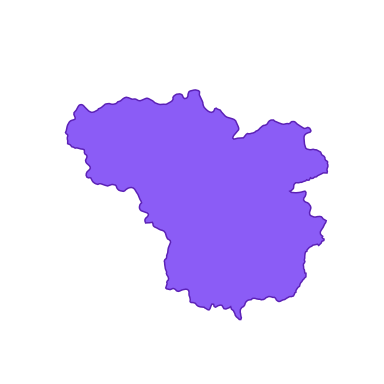 Brasilândia de Minas, Minas Gerais, Brazil, rotated 202°
{"feature_id": "56859067B94455820983640", "entity_name": "Brasilândia de Minas", "entity_type": "district", "adm_level": 2, "iso_a3": "BRA", "parent_name": "Brazil", "parent_adm1": "Minas Gerais", "projection": "albers", "projection_center": [-45.906, -16.944], "detail": "fine", "context": "isolated", "style": "filled", "palette": "violet", "viewbox_px": 384, "rotation_deg": 202, "n_neighbors": 0, "source": "geoboundaries", "source_scale": "gbopen_adm2", "svg_char_len": 5961}
<svg xmlns="http://www.w3.org/2000/svg" viewBox="0 0 384 384"><g transform="rotate(202 192 192)"><path d="M70.4,123.0L69.3,123.7L67.4,125.9L65.7,127.1L64.6,128.8L62.3,131.6L60.7,132.2L59.0,133.6L58.8,135.6L58.9,137.0L58.1,137.9L58.7,139.6L58.4,141.6L58.0,143.2L57.0,144.9L57.3,146.9L57.2,148.6L56.6,150.1L56.4,151.7L55.8,152.9L55.3,154.7L54.6,156.0L55.9,159.4L57.1,159.2L58.7,162.0L59.8,162.8L60.4,164.3L61.3,165.8L61.7,167.2L61.2,168.5L61.3,169.9L62.4,171.0L62.7,172.9L63.4,174.7L64.2,177.6L64.2,179.2L63.3,180.0L63.6,181.5L62.5,184.4L61.6,185.7L60.7,186.5L60.1,187.9L56.1,190.6L54.5,189.9L53.1,193.0L53.1,194.9L51.6,196.4L51.9,197.8L53.1,197.9L54.3,198.5L54.2,199.9L55.7,200.3L57.2,201.2L58.1,203.0L57.9,204.9L57.2,208.4L57.0,212.0L56.6,213.7L56.8,215.7L60.4,216.2L61.6,217.0L62.8,217.5L64.4,217.2L66.6,216.1L68.0,215.1L69.6,214.5L72.6,214.5L73.8,214.8L74.7,215.7L75.4,217.2L75.7,221.2L76.1,222.3L77.0,223.4L79.5,225.0L81.1,225.3L82.8,225.2L84.2,225.5L85.6,226.4L86.0,228.6L85.5,230.1L85.5,232.2L86.2,234.4L87.6,235.1L89.2,234.0L90.7,232.8L92.5,231.7L95.4,230.2L99.8,228.8L101.6,229.4L100.5,230.4L99.3,233.2L99.5,234.4L100.0,235.9L100.2,237.2L99.8,238.4L99.2,239.5L96.6,240.5L95.1,241.6L93.9,242.1L92.7,243.4L90.7,245.0L90.3,246.3L88.9,246.3L87.7,247.2L87.5,249.6L86.1,249.3L84.8,250.2L84.0,251.7L82.2,252.8L81.7,254.1L77.3,259.0L73.9,260.2L74.2,261.8L75.2,263.1L75.5,264.7L75.5,266.4L76.2,268.1L77.2,269.2L77.5,270.7L78.6,271.3L79.8,271.4L81.0,272.3L81.6,273.6L82.8,274.5L85.8,275.2L86.8,276.3L87.8,277.2L92.3,277.7L94.0,277.2L95.7,277.0L97.0,276.1L98.3,275.4L101.3,274.9L103.0,275.3L105.6,278.5L108.4,284.0L108.9,285.8L108.8,287.2L108.0,288.9L106.6,290.4L105.6,291.1L104.8,291.9L104.6,293.2L105.4,294.1L106.8,295.2L108.8,295.3L110.4,293.7L111.9,292.9L116.4,293.7L119.9,294.4L122.3,295.4L123.4,295.6L124.5,295.3L125.9,294.6L126.6,293.5L126.9,292.4L127.9,291.5L129.5,291.1L132.4,289.1L134.3,288.7L135.5,288.7L136.9,288.6L142.1,288.7L143.3,289.3L145.7,288.3L146.9,286.9L147.5,285.2L147.6,283.8L148.1,282.6L149.1,281.4L150.5,280.6L151.3,279.7L152.8,276.8L153.4,275.1L154.2,273.6L155.5,272.4L156.2,270.9L157.5,269.6L158.9,268.7L160.0,267.8L161.3,267.2L162.5,267.0L163.3,265.8L164.6,261.5L169.8,259.0L173.0,256.7L174.5,257.3L174.6,259.1L174.4,260.2L172.1,267.2L172.6,268.7L173.7,270.0L178.3,274.4L180.2,275.0L182.1,275.0L187.0,274.5L188.1,274.5L189.8,274.9L192.9,276.4L194.4,277.1L196.5,278.5L199.6,278.4L201.0,278.8L202.1,277.6L202.0,276.1L202.3,274.5L203.8,273.1L205.6,272.8L207.7,273.1L209.8,273.8L212.4,275.0L213.8,276.3L214.9,277.8L215.5,279.0L216.5,280.1L221.6,284.8L222.5,287.7L223.8,288.4L226.8,288.0L228.3,287.3L231.5,285.0L232.3,284.0L232.4,282.3L232.2,280.8L231.7,279.4L231.8,277.8L232.5,276.7L234.0,275.8L235.5,276.4L237.5,278.3L238.7,278.5L240.1,278.4L242.9,276.9L243.8,275.8L244.8,274.1L245.1,272.6L244.3,270.9L244.6,269.1L245.5,267.6L248.8,263.6L251.3,262.7L254.3,261.2L255.8,260.9L259.7,260.8L262.6,261.8L267.3,262.3L268.9,262.1L269.9,261.4L273.2,258.1L274.4,257.1L276.2,256.7L278.2,257.0L279.7,256.9L282.3,255.6L286.2,255.6L288.5,255.2L289.9,254.0L290.9,252.6L292.4,249.7L293.5,248.7L294.6,247.8L295.0,246.6L295.8,245.3L298.1,243.7L299.8,243.2L301.9,243.0L303.8,242.0L305.3,241.0L307.6,236.6L308.5,235.4L309.9,234.1L310.1,232.8L312.6,229.8L313.8,228.8L315.4,228.1L318.2,228.4L323.1,230.5L324.5,231.2L326.0,231.7L327.3,231.6L328.4,231.0L329.2,230.0L329.6,228.3L330.0,224.5L331.1,221.4L330.5,219.6L328.0,217.0L327.8,215.7L328.7,214.7L330.0,213.7L331.3,212.4L332.0,210.8L332.2,209.1L332.4,207.7L332.3,206.0L331.5,201.5L331.6,199.8L330.4,198.9L328.9,198.6L328.2,197.4L328.0,195.7L327.4,194.3L326.5,193.1L325.4,190.2L322.7,190.2L320.3,188.9L318.8,189.2L316.8,188.9L315.3,189.8L311.0,190.3L309.4,190.8L307.8,190.8L306.9,189.3L306.5,188.1L305.4,187.1L303.6,186.7L302.8,185.8L302.4,184.6L302.6,181.6L301.7,180.1L300.5,179.2L297.0,177.9L295.8,177.0L295.2,176.0L295.4,174.5L296.8,171.5L296.9,169.6L296.4,167.8L295.0,166.4L293.3,166.3L292.2,167.0L291.1,167.1L288.8,165.1L287.4,164.2L285.6,163.7L284.1,163.6L282.1,163.8L281.1,164.9L279.7,165.5L274.9,165.7L272.5,166.0L269.2,168.9L268.2,169.3L265.4,169.7L264.1,168.8L263.4,167.8L262.1,166.9L260.6,166.3L258.9,166.3L255.9,166.9L254.9,167.8L254.1,169.6L252.7,171.6L251.5,172.6L249.9,173.5L247.9,173.7L246.2,173.1L243.0,170.7L241.2,169.5L237.4,165.6L235.9,164.5L234.7,163.1L235.3,161.7L235.5,160.4L235.2,158.6L234.7,157.4L233.5,156.2L232.1,155.6L225.5,155.8L224.1,155.1L223.8,153.7L224.2,152.2L225.1,150.4L225.3,149.0L224.8,147.5L223.4,145.9L221.4,146.9L220.0,147.5L217.4,149.0L216.3,148.0L215.8,146.9L215.0,146.1L213.7,145.6L211.1,145.5L208.1,145.1L206.6,145.1L205.3,145.3L203.3,145.2L201.4,144.1L199.0,141.1L197.1,139.4L195.4,139.2L193.9,138.7L193.0,137.3L193.0,131.5L192.7,129.8L191.8,126.7L191.7,123.6L191.2,122.4L190.9,120.8L191.8,119.2L191.8,117.5L191.0,116.4L190.2,114.7L187.9,110.8L185.5,108.3L185.2,106.8L184.2,105.7L182.7,104.7L181.4,103.2L181.0,101.5L181.6,100.2L181.6,98.9L180.7,97.6L180.4,93.2L179.3,92.7L175.7,93.3L173.4,95.5L171.9,95.6L170.6,95.3L169.4,94.6L167.6,94.7L166.4,95.5L164.7,97.3L163.4,98.3L161.3,99.6L159.8,99.9L158.2,99.4L157.2,98.0L156.6,96.3L155.9,95.0L154.6,93.6L153.4,91.8L152.7,89.6L151.5,89.2L149.5,89.9L147.6,90.1L146.4,89.6L145.2,88.9L143.4,88.4L141.3,88.6L137.5,89.7L136.3,89.2L135.0,89.2L133.7,88.8L132.1,89.0L131.6,90.5L131.7,93.8L131.5,95.6L129.9,96.0L128.6,94.2L127.1,94.0L126.3,94.9L125.3,96.3L123.3,97.8L121.8,98.1L118.7,95.8L116.8,96.2L114.2,98.6L113.2,100.2L111.6,98.2L109.2,97.5L106.7,95.3L105.7,93.9L104.1,92.9L101.4,92.0L100.4,91.5L99.0,92.0L99.1,93.9L100.1,95.1L101.6,97.7L102.3,98.6L103.1,101.1L102.8,102.8L102.3,104.0L101.3,105.1L100.8,107.1L101.0,108.7L100.7,110.7L99.8,112.3L99.0,113.1L96.7,114.4L96.1,115.9L94.8,116.6L93.6,117.0L92.0,117.1L90.2,117.5L88.9,118.0L87.4,118.0L85.3,119.2L84.3,120.5L83.8,121.7L81.6,123.9L79.7,124.4L77.4,124.6L76.3,125.2L74.8,124.8L73.3,123.5L71.6,123.0L70.4,123.0Z" fill="#8b5cf6" stroke="#5b21b6" stroke-width="1.5"/></g></svg>